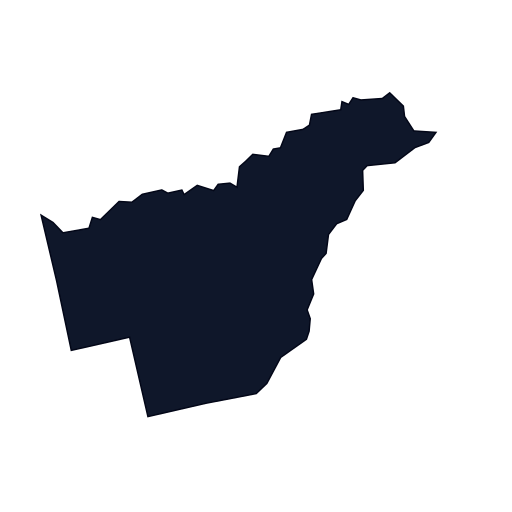 Mason, Illinois, United States of America, rotated 168°
{"feature_id": "52423323B7274127443145", "entity_name": "Mason", "entity_type": "district", "adm_level": 2, "iso_a3": "USA", "parent_name": "United States of America", "parent_adm1": "Illinois", "projection": "albers", "projection_center": [-90.006, 40.244], "detail": "fine", "context": "isolated", "style": "filled", "palette": "ink", "viewbox_px": 512, "rotation_deg": 168, "n_neighbors": 0, "source": "geoboundaries", "source_scale": "gbopen_adm2", "svg_char_len": 955}
<svg xmlns="http://www.w3.org/2000/svg" viewBox="0 0 512 512"><g transform="rotate(168 256 256)"><path d="M456.3,202.1L396.5,202.9L395.1,121.4L335.9,122.4L284.4,121.4L271.9,129.1L252.9,151.7L224.0,164.1L219.7,171.4L216.0,183.4L217.2,192.7L207.5,206.9L206.5,221.4L192.5,240.0L186.9,244.0L180.6,262.0L170.4,270.8L159.7,272.9L147.5,289.4L137.4,297.9L133.9,317.6L128.5,321.3L100.6,318.3L78.0,329.0L63.4,331.2L54.3,339.5L75.6,345.5L81.7,361.6L80.7,372.0L91.3,387.8L99.7,383.8L120.9,386.8L128.2,390.6L133.8,385.0L139.8,389.1L142.7,381.4L172.2,383.0L176.5,372.9L183.7,370.1L200.4,370.6L209.6,356.7L216.8,357.0L222.7,350.8L238.0,356.1L246.9,350.5L253.6,346.7L260.3,327.2L266.3,332.7L278.1,334.0L283.8,328.8L298.8,337.3L313.6,331.0L314.8,335.9L329.2,335.8L334.4,340.2L354.4,340.0L366.2,334.4L378.6,337.8L400.6,323.9L408.0,327.8L413.6,317.9L440.0,318.8L447.6,331.0L457.7,340.6L456.2,273.4L456.3,202.1Z" fill="#0f172a" stroke="#020617" stroke-width="1.5"/></g></svg>